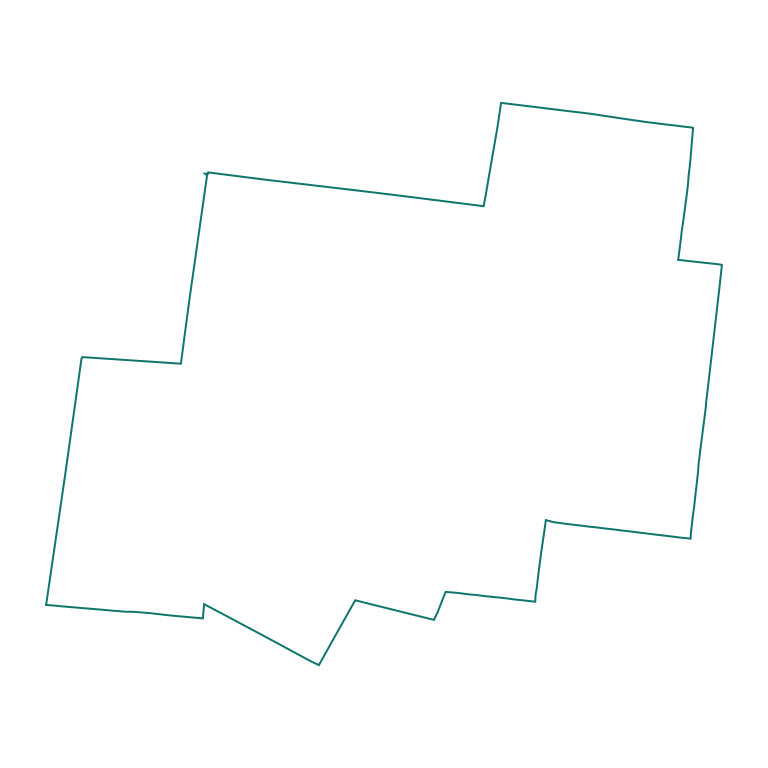 Macesu De Sus, Dolj, Romania (Equal Earth projection)
{"feature_id": "2599482B16695169082861", "entity_name": "Macesu De Sus", "entity_type": "district", "adm_level": 2, "iso_a3": "ROU", "parent_name": "Romania", "parent_adm1": "Dolj", "projection": "equal_earth", "projection_center": [23.726, 43.926], "detail": "fine", "context": "isolated", "style": "outline", "palette": "teal", "viewbox_px": 768, "rotation_deg": 0, "n_neighbors": 0, "source": "geoboundaries", "source_scale": "gbopen_adm2", "svg_char_len": 2228}
<svg xmlns="http://www.w3.org/2000/svg" viewBox="0 0 768 768"><path d="M690.5,538.7L690.6,537.9L691.1,531.4L692.4,519.7L693.4,511.9L694.0,508.0L695.4,495.1L696.0,489.6L696.3,487.7L697.3,478.6L698.0,472.1L698.8,462.1L699.4,458.0L699.7,455.1L700.5,448.5L705.8,407.4L706.4,399.2L706.9,396.4L719.9,283.6L721.9,265.0L721.6,264.8L717.8,264.2L691.8,261.4L684.8,260.6L681.5,260.2L678.2,259.9L679.6,249.2L680.3,243.3L681.1,237.4L681.4,233.8L682.8,223.9L683.4,219.9L684.2,214.0L685.3,205.7L685.5,202.9L686.1,200.3L686.4,197.1L686.8,194.4L687.7,186.8L688.0,184.1L688.4,179.1L688.6,175.8L689.4,169.2L689.8,165.8L690.6,157.8L691.2,150.3L691.6,144.9L693.0,129.4L693.0,127.7L690.7,127.4L684.4,126.7L676.0,125.6L665.4,124.4L661.1,123.9L655.7,123.2L647.7,122.2L639.8,121.1L628.0,119.4L625.6,119.0L623.2,118.7L617.4,117.8L611.5,116.9L601.3,115.4L598.7,115.0L594.2,114.3L589.3,113.6L566.6,110.9L501.1,102.9L497.4,127.5L492.0,158.5L485.8,194.6L483.7,206.2L397.7,195.4L367.3,191.7L263.6,179.5L208.2,172.4L208.0,173.8L205.1,173.7L206.5,174.9L207.1,175.2L189.2,301.1L180.9,363.7L82.4,357.1L81.5,358.6L65.2,474.6L56.0,537.4L46.1,605.0L49.2,605.2L50.9,605.3L54.1,605.6L56.5,605.8L59.2,606.1L62.4,606.4L65.5,606.6L68.4,606.9L72.1,607.2L75.8,607.5L79.0,607.8L81.9,608.1L85.4,608.3L87.9,608.5L90.8,608.8L93.0,608.9L95.5,609.2L98.1,609.4L101.0,609.6L104.0,609.9L107.3,610.2L109.6,610.4L111.5,610.6L113.2,610.7L115.7,610.9L118.4,611.1L120.9,611.4L123.5,611.5L126.3,611.8L130.5,611.7L137.4,612.1L150.6,613.2L168.8,615.3L188.4,617.1L201.5,618.3L202.9,618.3L204.1,604.2L226.3,615.9L271.4,640.0L295.3,652.9L310.8,661.3L318.9,665.1L330.6,644.1L355.2,600.3L434.0,619.9L435.0,617.6L437.6,612.3L445.6,591.9L455.3,592.7L456.0,592.8L458.5,593.0L464.4,593.8L471.3,594.6L476.3,595.0L481.4,595.7L486.9,596.3L496.3,597.3L500.7,597.7L508.5,598.6L513.2,599.3L521.6,600.2L530.7,601.2L535.2,601.7L535.4,597.9L535.6,594.2L536.7,588.7L538.7,571.5L541.6,549.4L544.0,533.4L545.9,520.1L548.5,520.8L553.8,522.2L557.9,522.7L564.1,523.6L573.2,524.7L579.3,525.4L584.8,526.1L591.1,526.9L596.4,527.4L605.3,528.5L615.0,529.6L621.7,530.5L629.1,531.3L641.8,532.9L650.6,534.0L671.8,536.5L676.6,537.1L680.3,537.6L685.9,538.1L690.5,538.7Z" fill="none" stroke="#0f766e" stroke-width="2"/></svg>